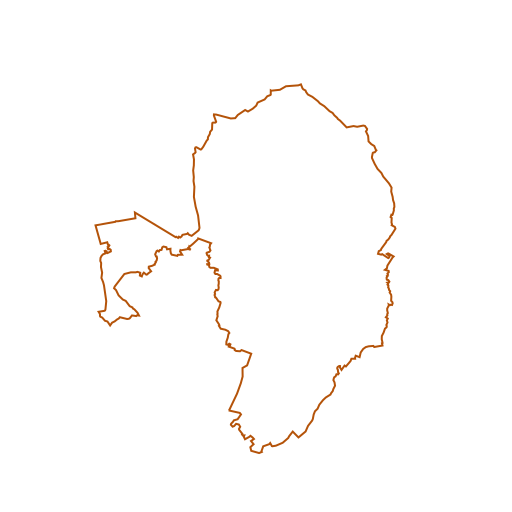 outline of Barnova, Iasi, Romania, rotated 210°
{"feature_id": "2599482B29506640836686", "entity_name": "Barnova", "entity_type": "district", "adm_level": 2, "iso_a3": "ROU", "parent_name": "Romania", "parent_adm1": "Iasi", "projection": "natural_earth1", "projection_center": [27.626, 47.082], "detail": "fine", "context": "isolated", "style": "outline", "palette": "amber", "viewbox_px": 512, "rotation_deg": 210, "n_neighbors": 0, "source": "geoboundaries", "source_scale": "gbopen_adm2", "svg_char_len": 6139}
<svg xmlns="http://www.w3.org/2000/svg" viewBox="0 0 512 512"><g transform="rotate(210 256 256)"><path d="M347.6,122.9L347.3,126.3L345.7,128.7L344.6,131.6L343.6,133.2L343.3,134.9L336.1,137.0L334.7,138.1L334.2,138.9L333.7,142.5L329.7,144.1L329.3,145.2L327.6,145.9L330.2,147.6L334.7,149.0L336.4,149.0L337.3,149.7L340.3,149.4L346.4,152.0L349.6,151.7L355.3,153.2L360.2,156.5L362.8,157.1L363.1,158.9L361.0,174.6L356.2,179.3L352.0,181.7L350.7,183.0L347.9,183.6L346.8,181.0L344.7,181.2L345.1,183.3L344.8,185.5L341.7,185.0L340.9,185.8L340.8,186.7L339.2,190.3L342.9,191.9L343.5,193.2L341.1,195.5L339.4,197.9L339.8,198.2L339.6,200.4L340.1,200.7L339.8,202.4L340.5,204.5L341.7,205.9L342.4,205.6L344.2,207.1L344.5,210.5L344.1,211.4L342.4,211.3L342.3,213.0L340.9,214.0L341.5,216.7L340.9,217.9L338.0,218.8L336.4,217.3L333.7,219.5L332.8,217.8L331.1,215.8L329.7,215.0L324.2,216.8L324.3,217.9L320.6,220.2L324.1,222.0L324.4,223.4L323.7,223.5L318.3,228.1L316.5,228.5L316.5,229.0L318.7,229.4L318.4,230.1L318.6,230.9L318.2,230.8L316.6,235.2L314.6,241.8L314.8,242.3L301.3,244.6L301.5,242.9L300.6,240.7L300.7,240.1L298.2,238.0L298.4,236.3L300.2,234.4L300.3,233.8L298.9,232.5L297.6,232.2L296.8,232.8L296.2,231.4L295.0,231.6L295.0,229.0L295.9,227.8L295.8,227.4L293.4,226.8L292.5,225.8L294.2,224.5L293.9,224.2L292.2,224.7L291.0,223.2L289.6,223.0L286.6,224.7L282.4,225.3L281.8,224.4L284.3,223.1L283.6,220.8L282.2,220.1L280.6,221.0L277.1,221.0L276.5,220.6L275.7,219.2L276.9,218.6L277.1,217.5L276.3,215.9L275.6,215.5L274.3,213.1L274.0,211.9L272.5,210.0L271.9,208.5L272.1,207.2L273.7,206.6L273.6,203.8L272.4,202.6L272.5,201.9L272.0,201.0L271.1,200.6L270.7,199.8L269.5,199.8L265.8,198.0L263.9,198.4L263.2,197.7L262.1,193.1L261.7,188.7L260.3,186.6L260.4,186.2L259.1,184.7L258.2,180.5L253.8,178.3L253.0,177.6L253.2,177.0L250.2,175.4L245.8,176.8L242.5,177.0L240.6,176.0L240.8,174.4L239.6,171.1L238.8,167.0L237.5,164.6L236.0,165.0L235.3,166.7L234.0,166.7L233.8,165.4L234.4,164.5L234.3,163.9L228.4,165.0L227.8,164.7L227.4,163.9L225.8,163.8L222.2,165.5L221.5,167.3L211.3,169.0L209.0,156.8L211.7,152.3L207.3,144.9L205.5,138.1L203.6,127.3L202.2,109.9L202.2,108.7L202.5,108.6L191.6,112.0L189.8,111.3L190.3,105.4L193.0,102.6L193.0,101.1L193.7,98.3L193.4,97.3L190.9,96.5L189.9,97.8L189.3,100.7L186.6,101.5L184.3,100.2L184.3,97.7L183.7,97.1L178.8,95.1L178.9,94.5L177.7,94.0L176.4,94.8L176.2,93.4L173.9,91.8L171.4,96.0L170.9,97.5L168.1,97.1L166.3,96.5L167.8,93.3L164.0,91.8L165.3,87.6L162.7,84.9L154.8,86.9L153.0,89.2L153.6,89.5L154.6,94.8L150.4,99.7L150.2,101.1L147.2,99.3L146.7,99.4L143.9,101.7L139.5,107.6L137.1,114.5L137.2,116.5L136.4,122.3L128.5,120.1L125.3,128.8L126.0,134.9L125.1,141.5L125.3,143.3L126.8,147.6L127.3,151.0L126.3,154.5L126.8,158.9L125.9,164.7L124.8,168.4L122.2,173.3L122.4,174.5L122.0,177.4L122.5,179.4L122.7,183.2L124.8,185.8L126.9,187.2L127.5,189.1L127.6,190.2L126.9,191.5L127.2,193.8L125.7,194.5L125.6,195.8L126.6,196.2L128.4,198.6L129.3,199.0L129.8,200.1L129.7,200.9L128.9,202.4L128.2,202.7L127.6,201.5L125.0,200.1L124.5,205.4L122.9,205.3L121.6,212.3L122.0,214.7L118.8,216.6L119.3,217.2L119.8,219.5L115.7,220.2L117.1,224.8L116.7,229.1L115.4,232.0L113.3,234.1L109.4,236.8L108.1,236.3L101.7,241.7L103.3,243.4L102.9,243.9L103.1,244.2L105.5,246.8L107.0,249.6L107.2,253.4L108.0,257.6L107.3,259.5L107.7,260.7L108.6,261.4L108.9,264.2L110.5,265.7L110.6,267.7L112.9,267.9L112.5,270.2L113.3,271.2L113.3,272.5L115.2,274.5L116.1,276.1L116.3,279.9L116.8,280.4L115.4,280.4L114.9,281.2L113.7,281.6L114.0,283.4L114.8,284.2L116.6,284.8L118.4,288.4L119.6,290.0L122.0,291.2L122.2,292.6L123.9,293.2L124.8,294.4L125.8,294.8L126.5,296.5L127.7,296.9L127.5,297.5L127.8,298.3L128.9,298.6L127.7,299.7L127.7,300.5L129.4,301.3L130.7,300.9L131.3,301.3L132.2,302.8L132.0,304.1L132.6,304.3L132.2,305.6L133.4,306.5L132.9,308.4L133.7,309.4L137.4,308.5L136.5,310.8L137.4,313.4L137.0,322.9L136.6,324.4L142.7,324.4L143.2,324.0L143.7,323.1L140.2,322.8L140.0,321.2L140.4,320.3L147.7,320.7L148.2,319.8L151.4,318.9L152.1,321.6L150.8,323.6L151.1,324.9L150.2,333.0L150.5,334.4L149.7,336.4L149.4,339.1L149.7,340.0L149.2,341.9L148.9,349.4L150.3,350.6L153.9,350.5L154.0,351.4L155.4,352.7L157.5,356.8L158.9,357.0L159.4,359.5L158.4,359.7L158.4,360.3L159.4,364.4L160.4,366.0L160.7,367.7L162.7,370.7L165.3,373.0L167.2,375.5L171.1,379.4L172.8,383.0L177.2,385.4L185.5,388.4L188.9,390.6L194.3,392.2L199.4,395.2L204.5,398.8L205.1,399.7L206.4,403.6L206.2,404.2L205.0,405.2L204.6,407.7L205.2,407.8L208.6,410.4L212.1,410.5L215.8,411.5L218.9,416.0L223.1,418.9L222.9,420.3L223.3,421.6L226.7,423.1L228.3,422.6L233.0,418.5L236.5,417.3L241.8,412.7L250.9,415.3L253.7,415.6L254.7,416.2L258.5,417.0L261.2,418.2L264.7,418.2L271.8,419.9L277.0,420.1L279.7,421.0L286.7,422.0L291.8,421.8L294.5,423.0L295.9,424.1L298.3,424.0L299.5,424.4L302.9,427.1L304.6,425.0L314.9,418.0L318.4,411.9L325.4,406.8L326.0,406.8L323.9,403.1L324.0,402.6L326.1,400.0L326.8,395.9L331.3,389.7L331.0,386.3L332.5,381.9L335.2,377.1L338.4,377.0L342.3,369.0L342.9,365.0L346.6,362.5L361.1,358.6L363.2,357.6L362.7,356.6L357.6,352.3L357.6,351.8L358.0,351.1L360.0,350.0L360.3,349.2L357.3,343.5L357.8,340.6L357.0,338.5L357.0,334.9L356.0,332.9L356.4,331.3L356.3,324.2L356.7,321.0L357.2,320.5L362.0,320.4L362.7,319.8L362.6,318.6L360.2,315.7L360.3,314.8L361.3,312.5L358.0,308.6L355.1,303.3L353.2,298.7L349.3,293.2L347.6,289.7L344.0,285.2L339.3,276.1L332.9,268.5L326.4,262.1L319.0,252.1L318.6,250.4L318.6,249.4L321.8,241.3L324.6,240.9L326.5,241.6L326.7,240.7L330.1,237.7L330.3,237.2L330.2,235.7L330.9,234.1L332.4,234.2L332.5,232.7L334.7,232.8L335.1,232.1L382.6,233.1L379.3,228.4L392.6,217.3L394.9,215.9L394.9,215.3L410.3,202.3L396.5,188.8L391.7,193.5L389.8,191.7L389.3,192.1L388.3,191.9L388.3,190.4L388.9,189.6L387.9,188.9L388.1,188.4L387.4,187.9L386.2,188.9L384.9,188.7L384.0,187.4L386.0,184.4L388.0,185.3L389.0,185.3L389.5,184.7L387.6,183.1L389.3,181.0L389.8,179.0L389.7,176.6L388.4,173.9L386.6,172.5L384.7,168.9L380.9,164.6L378.9,159.7L375.4,157.0L373.0,154.6L363.1,142.0L359.7,134.5L359.5,133.4L360.0,132.6L364.4,129.0L362.1,127.7L361.1,126.0L360.4,125.6L358.4,125.8L354.4,124.4L351.9,125.0L347.6,122.9Z" fill="none" stroke="#b45309" stroke-width="2"/></g></svg>